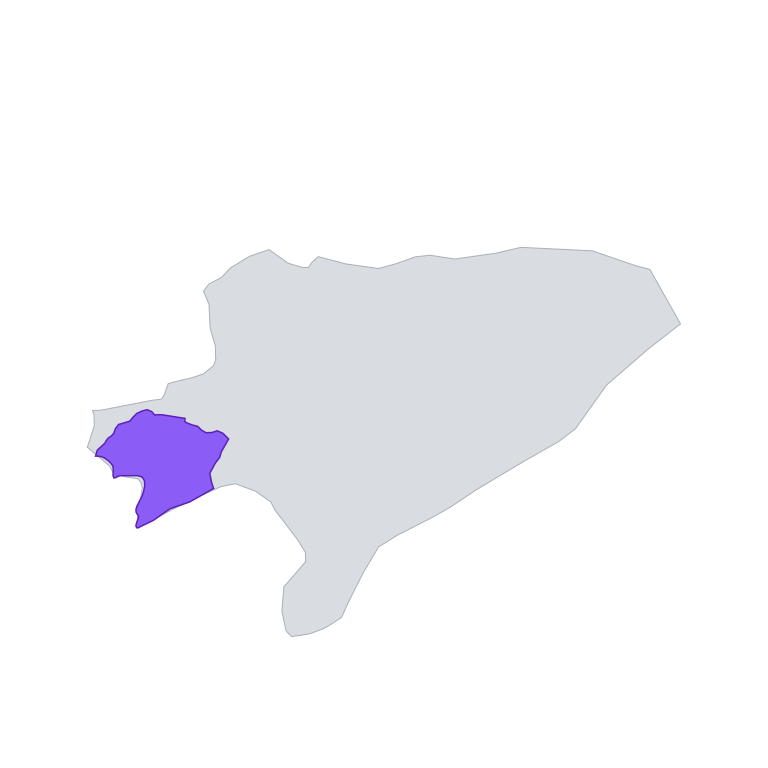 location of Kirundo within Burundi, rotated 239°
{"feature_id": "BDI-2643", "entity_name": "Kirundo", "entity_type": "Province", "adm_level": 1, "iso_a3": "BDI", "parent_name": "Burundi", "parent_adm1": "", "projection": "equal_earth", "projection_center": [30.179, -2.549], "detail": "fine", "context": "in_parent", "style": "filled", "palette": "violet", "viewbox_px": 768, "rotation_deg": 239, "n_neighbors": 0, "source": "natural_earth", "source_scale": "10m", "svg_char_len": 2015}
<svg xmlns="http://www.w3.org/2000/svg" viewBox="0 0 768 768"><g transform="rotate(239 384 384)"><path d="M511.4,120.5L507.5,127.5L489.2,177.6L485.7,185.1L487.7,189.8L495.5,199.3L490.9,215.0L489.1,219.3L485.7,234.0L487.5,247.5L491.9,252.5L503.7,259.1L521.5,263.8L542.4,275.0L556.5,277.1L559.8,285.2L559.1,299.7L562.6,312.3L562.7,334.9L558.4,354.7L536.9,364.0L525.8,374.2L522.8,379.3L525.5,385.2L527.0,393.2L506.7,413.0L485.8,438.8L480.9,456.2L476.7,476.8L470.6,489.9L454.7,508.9L438.6,547.0L430.6,571.7L390.9,631.1L355.6,660.8L345.3,670.9L282.8,669.1L278.0,629.1L268.5,574.4L247.0,525.0L244.7,504.4L245.7,464.5L245.8,408.5L244.3,378.4L244.8,356.5L247.5,318.3L247.2,295.5L233.0,269.2L215.4,241.2L205.8,227.5L205.3,216.4L205.4,206.2L208.2,191.3L215.1,174.7L222.8,172.9L241.8,179.4L261.6,193.6L272.1,225.3L280.1,229.9L294.7,229.8L332.0,225.6L341.3,226.2L358.3,218.6L375.1,205.2L380.0,191.3L383.9,160.2L387.5,104.2L396.1,103.6L419.6,123.5L424.7,124.9L429.6,124.2L437.8,114.3L447.8,106.2L455.2,106.5L482.6,97.1L497.2,114.0L506.5,119.3L511.4,120.5Z" fill="#d9dde1" stroke="#a8b0b8" stroke-width="1"/><path d="M453.6,109.3L456.8,109.1L460.6,108.0L464.3,106.4L467.2,104.4L469.8,101.2L470.7,99.6L475.0,104.2L477.0,114.3L478.5,116.6L479.7,119.8L479.9,123.7L481.0,127.0L484.0,130.7L486.0,135.6L483.1,146.9L484.7,151.5L486.1,156.9L485.5,162.5L484.0,167.7L480.0,170.7L475.7,171.4L473.6,175.3L471.3,178.7L457.0,195.7L455.8,194.7L454.2,194.0L452.2,195.0L447.8,198.4L443.7,202.5L438.5,203.8L434.0,206.3L431.1,211.2L429.8,216.9L424.8,220.5L416.9,222.5L409.8,209.9L405.7,205.3L403.0,198.5L397.1,188.6L387.4,185.2L382.2,184.2L383.0,156.7L387.3,136.5L385.9,115.9L387.2,102.2L387.2,99.7L387.8,98.2L389.8,98.1L391.4,99.3L392.8,100.9L393.1,101.3L396.6,105.3L398.1,105.6L399.8,105.4L401.7,105.5L404.0,106.6L406.4,109.1L412.6,118.9L415.9,122.8L420.0,126.5L424.6,128.9L429.0,128.7L432.4,125.5L441.4,110.4L441.8,108.5L441.9,105.9L442.6,104.1L444.9,104.5L451.1,108.5L453.6,109.3Z" fill="#8b5cf6" stroke="#5b21b6" stroke-width="1.5"/></g></svg>